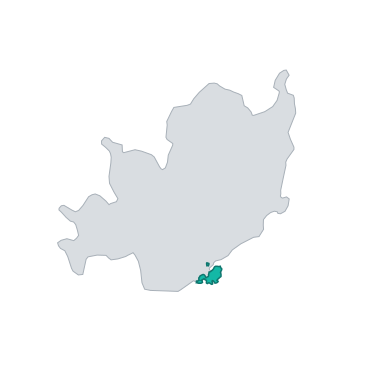 Switzerland, with Schaffhausen highlighted, rotated 150°
{"feature_id": "CHE-171", "entity_name": "Schaffhausen", "entity_type": "Canton", "adm_level": 1, "iso_a3": "CHE", "parent_name": "Switzerland", "parent_adm1": "", "projection": "orthographic", "projection_center": [8.624, 47.681], "detail": "fine", "context": "in_parent", "style": "filled", "palette": "teal", "viewbox_px": 384, "rotation_deg": 150, "n_neighbors": 0, "source": "natural_earth", "source_scale": "10m", "svg_char_len": 3673}
<svg xmlns="http://www.w3.org/2000/svg" viewBox="0 0 384 384"><g transform="rotate(150 192 192)"><path d="M275.2,126.3L277.1,127.5L281.6,131.5L280.7,138.4L275.7,149.7L273.1,158.8L272.9,165.7L273.4,169.0L274.3,168.9L279.2,169.3L281.7,169.3L289.6,171.1L296.0,173.7L297.2,176.6L298.1,180.1L305.7,184.8L314.4,187.8L317.3,186.7L327.8,175.2L331.9,177.0L334.6,182.9L334.5,186.1L331.9,198.2L331.5,204.7L334.1,208.9L334.5,212.2L333.8,215.2L329.5,215.6L323.7,214.1L318.7,209.0L315.1,209.7L311.9,211.1L310.4,216.0L309.0,221.9L309.5,225.2L311.9,227.6L313.7,232.9L315.2,239.8L316.2,243.0L315.2,244.4L312.1,245.4L309.6,244.5L305.0,236.3L302.9,233.2L299.4,232.7L293.3,234.8L283.9,239.6L280.0,239.6L276.8,238.7L273.7,234.8L271.1,227.3L270.2,222.5L268.4,222.7L262.3,221.4L259.5,223.3L259.6,231.1L259.1,240.7L256.1,247.0L247.7,257.8L244.6,262.5L243.4,265.9L243.1,268.8L244.5,273.9L246.3,278.7L244.8,281.5L240.3,283.0L237.1,280.0L235.9,274.8L229.0,267.7L232.1,261.7L231.5,260.2L220.2,257.1L215.3,252.6L208.5,244.6L207.2,241.2L207.5,230.1L207.2,227.5L206.3,226.1L203.0,226.2L198.3,230.1L194.1,235.8L185.3,242.2L184.4,243.6L187.3,249.9L187.2,252.4L180.0,262.4L178.6,265.7L169.5,271.9L165.4,274.3L152.9,269.5L149.4,268.9L143.8,271.9L135.8,274.7L123.0,277.4L118.3,275.2L116.1,273.1L115.1,270.1L112.0,264.6L108.4,261.3L106.0,257.8L102.7,253.9L100.6,250.7L103.7,240.6L101.7,237.0L100.8,231.8L101.4,228.4L100.3,227.5L88.9,225.2L79.4,225.6L72.5,228.8L66.8,234.3L66.1,235.5L66.4,236.5L69.0,241.8L64.1,247.1L56.8,251.1L51.7,251.4L49.4,250.5L49.5,244.6L53.8,242.6L57.8,238.9L59.2,233.6L59.8,229.8L55.9,225.1L56.5,222.3L59.2,217.1L60.8,212.4L62.8,208.4L70.9,202.0L79.0,195.6L80.4,188.5L81.3,179.9L82.4,177.9L93.2,173.0L95.9,171.0L97.3,168.1L105.9,158.6L114.3,149.2L116.0,146.0L117.5,144.2L117.5,142.6L116.5,141.4L112.6,140.5L111.3,137.4L115.7,132.0L121.1,128.8L126.2,128.9L128.3,130.5L128.1,132.3L130.3,134.2L134.2,134.9L139.1,134.3L143.9,132.4L146.9,127.6L148.7,123.9L156.3,119.9L161.4,122.0L175.6,122.7L186.0,121.7L192.6,118.9L200.6,118.9L206.0,120.5L207.0,120.3L208.5,119.9L210.0,118.4L215.1,117.4L215.7,116.1L215.5,114.8L214.6,114.1L208.4,114.8L206.0,113.8L205.4,111.5L207.4,107.5L212.0,104.2L215.9,103.4L218.7,104.3L225.6,110.4L227.2,110.5L228.2,109.4L229.6,108.8L231.9,110.0L234.6,113.8L235.1,114.4L250.4,113.0L253.8,112.9L264.3,119.5L275.2,126.3Z" fill="#d9dde1" stroke="#a8b0b8" stroke-width="1"/><path d="M215.0,101.0L216.5,101.1L217.7,101.6L217.8,102.3L217.8,103.5L218.1,104.6L218.7,105.1L219.4,104.6L219.8,102.5L220.3,102.0L221.1,102.2L221.7,103.1L222.2,104.2L222.7,104.9L223.3,105.1L224.0,104.9L224.6,105.1L225.0,106.0L224.9,106.3L224.0,107.6L223.8,108.2L224.1,108.9L224.6,109.6L224.7,110.3L224.9,110.9L228.1,110.8L227.6,110.2L228.2,108.4L229.9,108.5L231.9,109.7L233.5,111.2L232.4,111.5L232.4,112.1L233.2,113.0L231.4,112.0L230.6,112.3L230.1,112.0L229.3,113.8L229.2,113.9L228.9,114.3L228.6,114.5L228.4,114.5L228.1,114.5L227.9,114.6L227.5,115.0L227.2,115.2L226.8,115.3L224.3,115.2L223.7,115.0L223.3,114.8L222.9,114.2L222.7,113.7L222.6,112.2L222.8,110.8L220.1,110.7L219.5,111.2L219.1,112.1L218.1,113.1L217.2,114.2L216.5,113.9L215.6,113.8L212.6,114.3L211.7,114.8L210.8,115.4L209.9,115.9L208.8,115.9L207.5,115.2L205.9,113.9L205.6,113.9L204.6,113.5L205.0,112.5L204.9,111.7L204.6,111.1L204.7,110.4L205.3,109.7L206.8,108.8L207.5,108.2L208.0,106.4L208.3,105.7L209.1,104.4L209.6,104.2L210.3,104.2L213.6,103.5L214.6,103.0L214.0,101.6L215.0,101.0ZM215.1,120.6L216.0,120.3L216.1,120.1L216.1,120.4L215.3,122.5L214.8,123.2L214.6,123.2L214.4,123.2L214.2,122.9L214.1,122.7L213.9,122.4L213.4,122.0L213.2,121.9L213.2,121.2L214.6,119.9L215.1,120.6Z" fill="#14b8a6" stroke="#0f766e" stroke-width="1.5"/></g></svg>